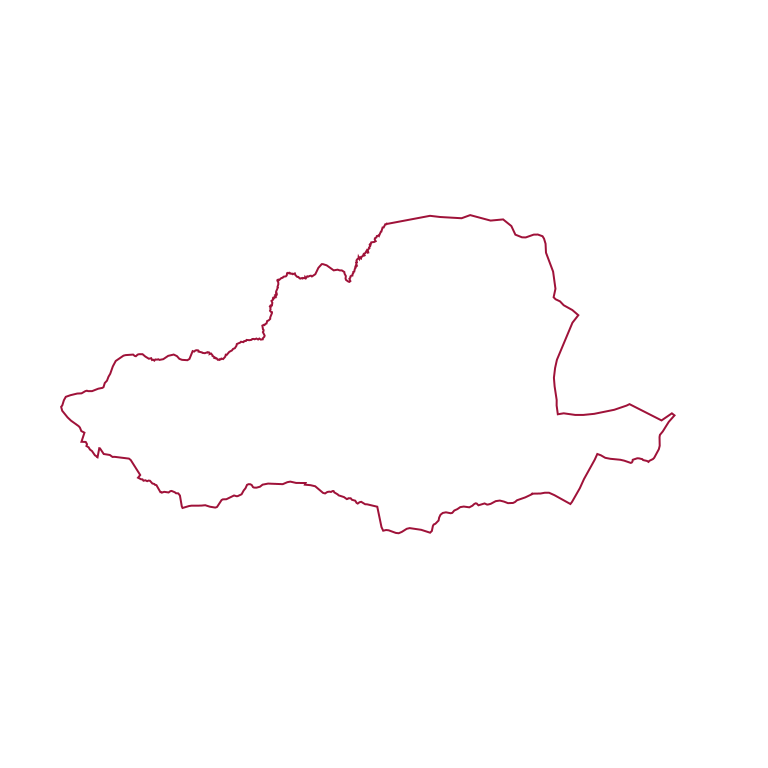 outline of Ogan Komering Ulu, Sumatera Selatan, Indonesia, rotated 209°
{"feature_id": "22746128B55651065226017", "entity_name": "Ogan Komering Ulu", "entity_type": "district", "adm_level": 2, "iso_a3": "IDN", "parent_name": "Indonesia", "parent_adm1": "Sumatera Selatan", "projection": "orthographic", "projection_center": [104.188, -4.111], "detail": "fine", "context": "isolated", "style": "outline", "palette": "rose", "viewbox_px": 768, "rotation_deg": 209, "n_neighbors": 0, "source": "geoboundaries", "source_scale": "gbopen_adm2", "svg_char_len": 6154}
<svg xmlns="http://www.w3.org/2000/svg" viewBox="0 0 768 768"><g transform="rotate(209 384 384)"><path d="M114.7,497.4L118.0,497.9L123.6,486.7L159.5,485.4L161.4,482.7L170.1,473.1L185.7,459.8L194.8,453.5L201.9,449.6L212.6,445.5L217.3,441.8L222.6,448.9L225.2,453.7L233.6,464.6L238.4,471.8L242.1,480.9L244.5,489.0L248.9,529.0L247.4,538.4L255.1,540.0L265.0,540.0L270.1,541.6L275.0,541.3L277.7,542.1L280.2,550.4L290.6,564.3L306.0,577.4L310.7,585.0L314.5,588.7L317.0,590.1L321.9,589.3L325.5,587.2L331.1,580.9L334.4,579.2L341.5,578.3L349.2,583.9L359.6,585.7L370.0,578.6L390.5,573.5L396.5,566.6L415.8,557.3L425.3,553.4L458.7,525.7L459.2,525.7L459.3,524.9L460.3,524.4L460.2,520.7L461.1,520.2L460.2,516.0L460.6,515.7L460.2,511.2L460.8,511.5L461.1,510.6L462.0,509.9L461.7,508.5L462.6,507.0L462.1,505.8L460.5,504.9L461.4,503.5L463.8,501.7L463.3,499.5L463.9,499.9L464.1,499.0L463.0,497.8L463.2,496.0L462.6,495.6L463.3,493.5L461.5,491.4L462.0,490.9L463.8,492.3L463.9,489.0L464.7,488.3L464.8,487.6L463.4,487.0L463.7,486.6L464.5,486.8L464.8,485.0L465.6,484.2L465.0,482.8L466.3,482.9L466.1,481.5L467.7,482.6L467.1,481.2L467.8,480.5L468.0,478.8L466.7,477.3L467.3,476.7L466.0,475.3L466.0,474.7L465.0,474.2L465.4,473.2L466.0,473.5L465.8,472.2L465.2,471.9L465.3,470.3L464.5,467.9L465.2,467.0L464.6,465.9L464.8,465.2L464.2,463.5L465.1,462.9L465.5,461.8L465.0,460.7L465.3,459.3L463.3,457.7L463.8,456.5L464.8,456.3L467.6,456.6L468.7,457.5L469.7,459.9L472.0,461.4L473.0,462.7L476.0,462.9L477.8,461.9L480.0,461.5L483.1,459.0L491.7,460.0L495.6,459.2L496.6,458.6L497.7,453.8L497.3,446.7L499.2,443.1L500.4,443.3L501.3,442.6L502.4,441.1L503.3,441.0L503.6,438.6L504.8,439.2L504.5,438.2L506.4,437.4L506.4,436.8L507.7,436.5L508.2,435.7L509.0,435.5L510.8,436.1L511.7,435.6L514.3,436.3L515.6,437.5L517.0,435.8L518.0,436.0L518.7,435.3L520.4,435.5L520.6,434.7L521.9,434.7L522.5,433.9L521.7,431.8L522.0,430.6L523.9,429.1L524.2,427.7L525.1,427.0L526.2,424.0L527.0,424.1L527.6,423.4L527.4,422.7L525.8,421.7L524.8,420.1L524.2,417.2L523.6,417.0L523.2,412.7L522.6,411.3L521.8,411.3L521.6,410.4L522.0,409.6L521.1,409.8L521.1,407.5L521.9,407.6L521.9,407.0L521.3,406.9L522.0,406.3L521.9,405.9L522.7,405.8L522.8,405.3L521.9,404.1L522.7,402.1L521.1,401.0L520.1,398.4L520.6,398.1L520.6,397.6L521.3,397.6L521.4,396.6L520.4,396.4L520.4,395.5L519.4,394.3L519.2,392.8L518.0,392.3L516.8,392.5L516.4,391.8L515.8,387.1L515.1,385.8L515.8,383.5L516.7,382.6L516.1,379.9L516.8,379.1L517.1,377.6L517.8,377.5L518.7,376.1L516.4,373.2L515.7,373.0L515.1,372.1L515.1,370.7L511.9,368.5L511.6,367.4L512.1,365.2L511.7,364.3L513.3,363.1L515.1,363.3L515.7,361.9L517.6,361.9L518.8,360.4L519.7,360.3L521.0,359.5L521.3,358.4L522.9,357.1L525.6,355.9L525.6,354.8L527.1,353.7L527.2,352.5L529.6,351.6L529.8,350.6L532.1,347.6L531.6,346.0L531.8,343.0L533.0,341.5L533.3,339.6L534.9,337.1L535.7,333.2L536.6,332.9L536.1,330.9L536.8,327.8L538.5,327.4L538.5,326.8L539.6,326.1L539.4,325.5L539.7,325.2L540.1,325.5L541.2,324.6L542.8,325.3L543.8,325.2L543.8,324.8L544.8,324.6L544.7,325.2L547.6,325.4L547.8,325.9L550.0,326.8L550.9,325.8L551.0,326.3L552.6,326.8L553.3,326.0L553.8,326.2L555.6,324.1L557.9,323.2L558.5,323.4L561.9,322.4L562.2,323.1L562.7,323.3L564.1,322.8L565.2,321.9L565.8,320.3L567.3,320.0L566.3,311.6L567.5,309.5L572.4,307.2L575.2,306.8L578.6,308.0L582.2,307.8L586.4,304.0L589.1,298.7L592.1,296.2L593.4,296.2L594.3,295.3L595.9,294.6L596.2,293.1L597.7,293.3L598.5,292.5L600.1,293.7L601.9,292.1L606.1,292.3L609.6,293.0L612.7,291.3L613.7,290.3L614.5,288.0L615.7,287.7L617.7,288.1L624.0,284.0L625.6,282.5L629.8,274.1L629.7,267.9L628.4,260.2L628.5,256.9L627.9,252.6L628.7,249.5L627.8,245.3L628.4,244.1L631.6,241.4L635.9,236.2L639.4,234.3L640.6,234.1L641.8,232.9L644.0,229.2L647.7,226.9L652.8,222.2L656.1,218.5L656.1,214.6L655.0,209.3L655.3,207.5L652.5,204.6L644.6,201.4L640.0,200.2L630.6,199.1L628.9,198.5L625.9,196.1L622.4,196.2L620.6,186.8L616.8,188.7L614.6,187.4L614.2,185.5L611.6,185.4L609.4,184.1L606.9,183.8L602.3,181.5L600.2,181.4L599.8,181.0L599.0,181.0L601.9,189.8L601.2,190.0L595.2,186.9L589.4,189.0L586.1,188.6L584.3,189.7L570.9,195.1L568.6,194.7L553.1,186.2L553.7,182.8L550.2,182.9L549.0,183.5L547.5,182.8L546.0,184.1L544.0,184.2L543.1,185.4L541.8,185.9L538.4,184.7L536.3,185.2L535.5,184.8L534.0,185.2L527.1,181.0L526.2,181.6L525.6,181.3L524.0,183.1L519.8,184.7L518.9,186.7L517.9,187.5L514.5,187.9L513.0,187.6L510.9,188.6L508.4,187.5L501.5,178.9L500.1,177.9L495.3,182.8L493.3,184.3L485.1,188.9L481.6,191.3L476.7,192.3L471.7,194.1L471.0,194.8L470.4,195.6L469.8,203.8L469.0,205.0L466.0,206.8L461.1,213.8L458.5,214.4L457.6,215.0L455.1,218.5L455.1,222.9L454.6,225.6L454.9,229.4L453.9,230.7L452.3,231.5L450.7,231.5L448.6,230.3L447.4,230.4L445.3,231.5L442.7,234.0L441.4,237.1L437.1,240.7L424.0,247.3L420.9,251.3L418.6,253.2L412.8,254.9L404.6,259.4L404.4,257.6L399.2,259.9L394.6,261.2L384.5,259.2L382.5,259.7L381.2,262.1L379.7,263.3L378.0,263.9L377.1,265.4L376.2,265.9L374.9,265.1L370.9,265.0L369.8,264.6L364.2,265.7L360.7,265.3L360.0,266.0L359.8,266.8L357.7,267.9L355.9,267.2L352.6,268.0L350.3,266.7L349.0,266.7L348.1,268.7L346.8,269.9L342.2,269.7L340.4,270.6L330.4,273.4L316.8,257.6L313.6,255.3L311.4,257.3L309.0,258.3L301.4,259.5L298.8,260.6L296.7,263.3L293.9,268.4L291.7,270.4L280.8,274.5L271.6,276.3L270.9,278.7L272.4,283.5L272.4,285.2L271.3,286.7L270.1,291.1L271.0,293.9L271.2,297.0L270.1,299.7L267.6,301.8L263.0,303.3L261.8,304.4L261.2,307.4L259.2,310.1L257.6,313.3L254.8,315.5L249.6,317.5L247.6,320.5L247.1,322.3L246.1,324.0L245.0,324.4L242.6,323.7L238.1,328.3L235.4,328.5L234.4,329.2L232.6,330.9L229.5,335.7L226.2,338.2L222.1,339.3L217.8,339.9L213.5,342.5L212.2,344.3L211.3,346.8L205.5,353.3L200.9,359.7L202.2,360.4L200.9,359.7L200.4,360.4L194.0,364.1L190.6,366.9L187.0,368.9L181.1,369.4L162.8,369.4L162.4,372.0L162.2,387.8L163.0,397.8L163.0,419.9L163.5,426.2L159.8,426.8L154.7,426.7L149.8,428.3L140.6,432.3L136.8,433.4L130.0,434.6L129.3,435.3L129.1,436.6L129.7,438.3L126.5,441.8L124.9,442.6L121.6,443.5L120.5,443.1L116.7,444.2L114.9,444.1L114.7,445.4L112.4,448.7L111.9,450.4L112.0,460.2L112.9,463.6L117.3,471.2L118.0,473.3L117.2,477.6L116.6,488.9L114.7,497.4Z" fill="none" stroke="#9f1239" stroke-width="2"/></g></svg>